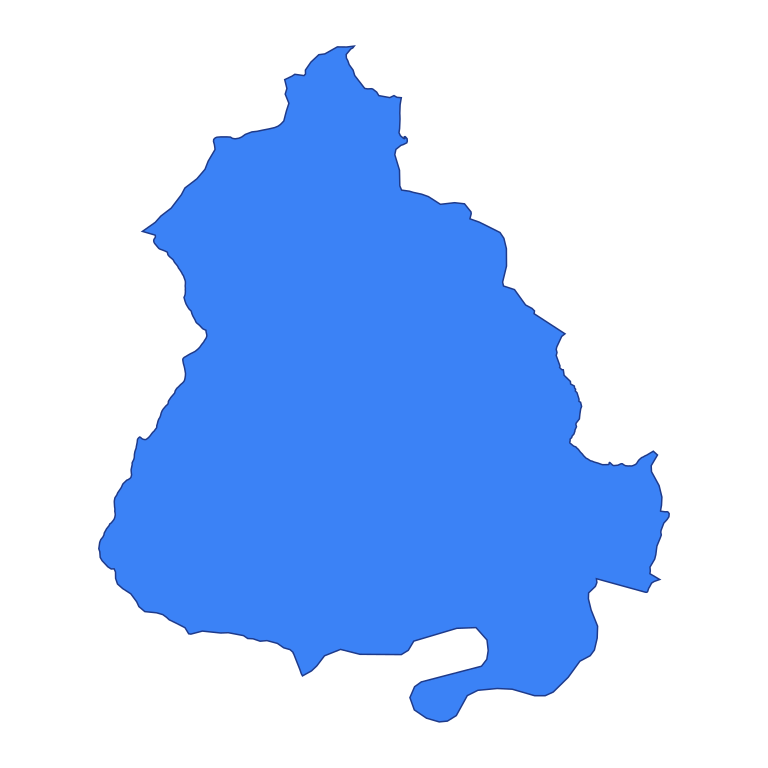 Blandiana, Alba, Romania
{"feature_id": "2599482B84573671130464", "entity_name": "Blandiana", "entity_type": "district", "adm_level": 2, "iso_a3": "ROU", "parent_name": "Romania", "parent_adm1": "Alba", "projection": "natural_earth1", "projection_center": [23.346, 46.001], "detail": "fine", "context": "isolated", "style": "filled", "palette": "blue", "viewbox_px": 768, "rotation_deg": 0, "n_neighbors": 0, "source": "geoboundaries", "source_scale": "gbopen_adm2", "svg_char_len": 6097}
<svg xmlns="http://www.w3.org/2000/svg" viewBox="0 0 768 768"><path d="M659.7,579.5L649.9,573.7L650.3,571.0L650.0,567.1L654.7,559.1L655.8,554.7L656.9,546.1L660.3,537.8L661.3,535.0L660.8,532.2L661.1,530.3L663.8,523.1L667.1,519.5L668.9,516.8L669.2,513.7L668.6,512.8L668.1,512.1L667.2,511.7L665.3,511.8L660.6,511.2L660.6,510.3L661.5,505.2L661.9,497.1L659.1,485.6L655.3,478.6L651.5,471.7L651.2,465.7L657.5,455.0L653.3,451.2L646.4,455.3L645.3,455.7L643.1,457.0L641.6,457.6L639.2,459.7L638.5,460.5L636.5,463.6L635.4,464.5L633.2,465.5L631.6,466.0L629.4,465.9L628.2,466.0L625.4,465.7L623.9,464.9L622.4,463.8L621.6,463.7L620.7,463.9L617.9,465.2L613.8,465.6L612.7,465.2L609.8,462.5L609.5,462.5L609.2,462.8L609.0,464.1L608.4,464.6L602.7,464.7L601.8,464.5L598.0,463.1L594.4,462.1L592.0,461.1L590.5,460.8L587.6,458.9L586.1,458.2L583.6,455.7L582.4,454.1L580.4,452.1L578.3,449.3L576.9,448.1L576.1,447.1L575.3,446.7L573.6,446.1L570.9,443.8L569.9,443.0L569.7,442.0L570.1,441.2L570.1,439.1L571.7,437.6L572.1,436.1L573.9,434.1L575.0,430.9L574.9,430.2L576.5,426.7L575.9,424.5L576.1,423.2L579.4,418.9L579.9,414.0L580.7,408.8L581.6,406.5L580.6,402.3L579.0,401.4L579.0,399.1L577.0,392.7L575.3,391.0L575.6,389.2L574.6,388.1L574.3,386.0L570.6,384.0L570.4,381.4L564.1,375.3L563.3,369.8L561.7,369.6L559.6,367.5L560.0,366.0L556.2,355.5L557.0,352.5L556.2,349.4L556.8,346.9L561.7,336.4L565.0,333.8L534.1,313.7L534.5,310.9L532.0,308.4L525.6,305.0L514.5,289.6L503.5,286.0L502.6,282.1L506.5,266.1L506.4,248.7L503.9,238.3L500.0,232.5L479.4,222.2L469.9,218.8L471.2,213.8L471.0,211.9L464.5,203.8L454.6,202.7L440.4,204.3L428.4,196.6L421.7,194.2L413.4,192.4L409.4,191.2L401.6,190.1L399.8,185.9L399.5,170.2L394.8,154.7L395.9,149.4L401.0,145.3L403.2,144.6L406.8,142.8L407.3,141.1L407.1,138.7L405.5,136.9L405.0,136.6L404.3,136.8L404.3,137.3L404.9,138.2L404.2,138.7L403.2,138.1L400.4,135.7L399.0,132.7L399.6,128.6L400.0,119.1L399.9,115.2L399.8,113.4L400.1,104.8L401.3,97.7L396.9,97.3L394.0,95.6L389.8,97.6L378.8,95.6L376.7,92.1L372.7,89.0L371.3,88.7L367.7,88.9L364.7,88.4L354.7,75.5L353.1,70.1L349.2,64.7L347.8,60.7L346.4,58.1L346.2,54.5L350.8,49.0L352.8,47.9L354.2,46.1L346.7,47.0L337.3,46.9L324.8,53.9L318.8,54.7L310.9,62.1L305.4,70.1L305.5,74.0L304.0,75.6L294.8,74.3L292.1,76.1L284.7,79.6L286.9,88.5L285.2,94.1L288.9,103.3L286.5,110.6L285.1,115.9L283.8,121.0L280.4,124.5L278.0,126.2L274.6,127.6L268.5,129.0L262.3,130.2L257.2,131.3L251.9,131.9L245.3,134.4L241.7,137.0L238.9,138.2L235.2,138.8L232.5,138.4L230.5,137.1L227.1,136.9L220.7,136.9L216.9,137.2L215.2,137.9L213.7,139.4L213.5,141.4L214.4,144.7L214.9,148.0L215.0,149.6L208.2,161.1L205.0,169.3L196.9,178.8L184.9,188.0L181.4,194.7L171.2,208.1L160.8,216.1L155.3,222.3L142.4,231.4L154.1,234.8L155.2,235.2L155.4,235.9L155.3,237.4L154.1,239.1L153.8,239.9L153.7,241.0L154.1,242.5L154.7,243.5L157.6,247.0L158.8,248.4L160.1,249.2L161.9,249.8L164.7,250.9L166.6,251.8L167.4,252.3L167.8,254.4L168.4,255.5L170.1,257.2L173.1,259.7L174.5,262.3L177.3,265.7L177.9,266.6L178.4,267.9L180.3,270.5L181.8,272.9L182.2,273.9L183.5,275.9L185.1,280.4L185.4,281.7L185.4,283.9L185.2,285.9L185.4,288.4L185.3,289.3L185.3,290.1L185.4,291.4L185.2,294.2L184.7,295.9L184.0,297.4L185.1,301.4L186.1,304.1L187.6,306.7L188.8,308.6L189.5,309.5L190.9,310.7L191.3,311.5L191.9,313.7L192.9,316.1L195.1,320.0L195.8,321.8L196.6,322.9L199.5,325.3L202.2,328.2L203.0,328.9L206.0,330.3L206.0,331.1L206.1,331.9L206.6,334.0L206.8,335.2L206.8,336.1L206.4,337.4L206.0,338.3L204.5,340.5L203.7,342.0L201.8,344.3L199.7,347.3L197.8,349.2L195.1,351.4L192.8,352.6L190.5,353.7L187.9,355.2L185.8,356.5L184.3,357.3L183.2,358.4L182.8,359.3L182.9,360.7L183.4,363.6L184.2,366.4L184.7,368.6L185.5,373.4L185.4,375.7L185.0,378.3L184.5,380.3L183.8,381.6L182.5,383.0L180.6,384.6L178.5,386.8L176.8,388.3L175.3,390.6L174.6,393.1L172.7,395.3L170.9,397.4L168.9,400.4L168.5,401.1L168.3,401.8L168.3,402.7L168.0,403.8L167.6,404.4L165.8,406.0L163.2,409.1L162.1,410.8L161.2,413.0L160.5,415.8L159.7,417.8L159.1,418.5L158.3,420.2L157.7,422.2L157.5,423.3L156.8,425.5L156.7,427.3L156.4,428.1L155.2,429.5L154.4,430.8L152.9,432.2L151.8,433.5L150.3,435.6L149.2,436.9L147.8,438.2L146.6,439.1L146.0,439.5L145.0,439.6L143.7,439.4L142.7,439.1L141.7,438.5L140.8,437.6L140.2,437.2L139.8,437.0L139.3,437.3L138.7,437.8L138.1,438.5L137.6,439.2L137.4,440.0L137.2,442.2L136.3,446.7L136.2,447.7L136.1,448.3L135.7,449.2L134.9,451.7L134.4,454.4L134.3,457.2L134.1,458.3L133.8,459.4L132.6,461.8L132.1,463.0L132.2,464.5L131.1,469.7L131.2,471.4L131.3,472.4L131.4,473.5L131.6,474.8L131.1,476.8L130.8,477.5L130.5,477.9L130.0,478.4L128.2,479.6L126.7,480.2L125.4,481.5L123.4,483.4L122.8,484.1L122.4,485.0L121.3,487.5L117.7,492.8L116.8,495.0L115.3,497.2L114.9,497.9L114.3,501.0L114.3,502.2L114.6,507.2L114.8,507.9L114.9,509.3L114.8,511.4L115.1,512.9L115.3,515.2L115.1,515.6L114.9,516.9L114.4,518.5L114.0,519.4L113.2,520.5L111.4,522.7L110.5,523.5L109.8,523.9L109.1,525.6L106.6,528.7L104.3,532.9L103.9,535.0L102.9,537.0L100.8,539.6L99.7,542.4L98.8,548.8L99.8,551.7L100.2,557.4L102.1,560.7L107.8,566.8L111.2,569.0L114.1,568.8L115.5,572.0L115.6,578.4L117.5,584.0L122.7,588.6L130.8,593.8L136.7,601.8L138.9,606.6L144.8,611.6L156.6,612.8L162.8,614.6L166.5,617.3L169.2,619.8L175.8,623.0L185.0,627.7L188.7,633.8L190.9,634.1L202.4,631.1L220.7,633.0L228.3,632.7L243.5,635.6L247.7,638.5L253.1,638.8L260.1,641.2L267.0,640.6L277.4,643.4L283.7,647.8L290.0,649.6L293.1,652.4L293.3,653.5L293.7,653.9L296.8,661.8L299.8,669.3L301.3,673.7L302.5,675.9L311.5,670.9L316.8,665.9L324.5,655.8L340.5,649.4L359.9,654.3L401.3,654.6L408.3,650.3L413.8,641.1L456.8,628.3L476.0,627.6L487.0,640.0L488.2,650.6L486.8,659.3L481.5,666.2L421.3,681.9L414.6,686.7L409.9,697.6L414.3,709.9L426.5,718.2L439.2,721.9L447.4,721.1L456.3,715.6L467.3,695.6L477.9,690.3L497.2,688.5L512.2,689.2L534.6,695.7L545.2,695.7L553.3,692.0L568.2,677.3L579.9,661.2L590.2,655.7L594.4,650.0L597.2,638.1L597.6,626.2L591.1,609.9L588.4,598.8L588.6,592.9L595.4,586.4L596.9,582.5L596.4,578.7L645.3,592.2L646.5,592.3L647.1,592.1L647.6,591.6L648.7,588.3L649.7,586.7L651.6,583.1L654.1,581.5L659.7,579.5Z" fill="#3b82f6" stroke="#1e3a8a" stroke-width="1.5"/></svg>